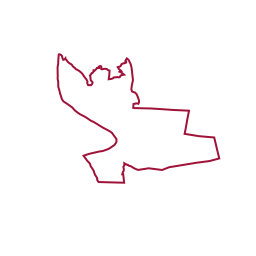 outline of Oru West, Imo, Nigeria, rotated 297°
{"feature_id": "59680162B53120698145103", "entity_name": "Oru West", "entity_type": "district", "adm_level": 2, "iso_a3": "NGA", "parent_name": "Nigeria", "parent_adm1": "Imo", "projection": "natural_earth1", "projection_center": [6.913, 5.74], "detail": "fine", "context": "isolated", "style": "outline", "palette": "rose", "viewbox_px": 256, "rotation_deg": 297, "n_neighbors": 0, "source": "geoboundaries", "source_scale": "gbopen_adm2", "svg_char_len": 3792}
<svg xmlns="http://www.w3.org/2000/svg" viewBox="0 0 256 256"><g transform="rotate(297 128 128)"><path d="M162.1,32.9L159.2,34.1L156.3,35.3L153.2,36.8L150.3,37.6L145.9,39.9L143.1,41.4L143.0,41.5L142.4,41.8L139.8,43.0L138.0,44.5L135.9,45.7L135.4,45.9L133.0,47.2L130.6,49.6L128.0,51.7L126.6,53.2L124.4,55.3L124.0,55.6L123.8,55.9L122.4,58.3L122.1,61.1L121.6,65.0L121.0,68.9L120.5,70.2L119.4,73.1L118.8,76.6L118.7,77.6L118.5,78.6L118.5,84.0L118.2,87.4L117.6,91.6L117.8,94.3L117.5,98.9L117.2,101.9L116.9,106.1L116.9,109.5L116.8,113.4L116.3,116.1L114.7,119.2L113.4,121.7L113.1,122.5L110.7,123.9L110.5,124.0L108.4,123.9L106.6,123.6L104.5,122.4L102.7,121.5L100.7,120.2L100.3,119.9L98.6,118.4L98.3,118.1L96.7,116.6L95.4,115.1L94.1,113.2L92.0,110.7L91.6,110.2L89.5,107.7L87.2,105.0L85.8,103.6L85.1,102.9L83.1,101.0L81.7,103.8L81.2,104.9L80.6,105.9L80.1,107.1L79.7,108.4L79.3,109.3L79.0,110.2L78.8,110.5L78.3,110.9L77.9,111.3L77.4,111.7L76.9,112.2L76.4,113.3L74.9,115.9L74.3,116.8L73.6,117.5L72.9,118.1L72.2,119.0L71.4,119.7L70.8,120.9L70.0,122.2L69.6,122.9L69.3,123.3L68.9,123.6L68.6,123.6L68.5,123.8L67.9,124.1L67.5,124.4L67.2,125.0L66.7,125.9L66.5,126.3L75.1,144.4L77.5,149.4L84.8,144.6L84.3,143.9L86.5,143.4L87.3,143.6L88.2,143.5L89.1,143.2L90.9,141.8L91.4,141.5L93.0,141.7L94.9,140.7L94.7,142.6L95.0,143.3L94.7,144.2L95.1,145.0L94.8,146.2L95.1,147.3L95.2,148.4L94.9,152.1L95.2,156.0L101.5,164.7L106.1,177.5L111.6,182.3L128.2,204.9L135.6,215.7L142.3,223.1L158.7,209.1L153.0,195.1L148.5,181.1L153.9,179.6L164.4,176.4L171.1,174.5L168.1,167.8L164.6,160.1L158.6,146.0L155.9,139.8L151.4,130.4L148.9,125.2L148.3,123.5L151.9,122.0L152.5,122.7L152.9,123.4L153.5,123.9L154.3,125.6L154.3,126.2L154.8,126.2L155.5,126.2L156.2,126.1L156.9,125.7L157.7,125.1L158.1,124.7L159.2,123.6L160.3,122.4L161.9,120.5L162.4,119.3L162.8,118.1L162.4,116.0L162.4,115.0L164.2,113.3L168.3,111.9L172.9,110.7L183.5,103.7L184.6,102.7L185.7,101.8L186.4,101.0L187.2,99.9L188.7,97.9L189.0,97.3L189.1,96.9L189.4,95.8L189.5,95.4L189.0,95.3L188.2,95.3L186.5,95.2L186.4,95.5L186.3,96.0L186.2,96.3L185.9,96.5L185.7,96.6L185.3,96.5L185.0,96.4L184.7,96.0L184.5,95.6L184.1,95.3L183.8,95.1L183.7,94.8L183.6,94.5L183.4,94.3L182.9,94.1L182.6,93.9L182.4,93.5L182.1,93.4L181.7,93.3L181.6,93.2L181.4,93.3L180.7,93.3L179.9,93.4L179.4,93.1L178.8,92.6L178.3,92.1L178.1,91.7L177.9,91.4L177.6,91.2L177.4,91.7L177.4,91.9L177.1,92.2L176.9,92.3L176.6,92.8L176.4,93.2L176.3,93.6L176.2,94.1L176.0,94.7L176.0,95.2L175.9,95.7L175.8,95.9L175.7,96.1L175.5,95.8L175.2,95.4L174.6,95.0L174.3,94.9L174.4,95.8L174.4,96.6L174.3,97.5L174.2,98.3L174.0,99.1L173.7,100.3L172.9,99.2L172.0,98.0L171.3,97.7L169.5,97.5L168.9,96.7L168.6,95.9L168.4,95.0L167.6,94.2L167.1,93.1L166.5,92.3L165.6,92.1L164.4,91.1L163.8,90.3L162.7,88.7L166.1,87.5L170.8,85.5L170.5,84.2L170.7,83.2L170.9,82.3L170.3,80.5L169.5,79.4L168.8,78.7L168.4,77.9L168.4,77.4L168.8,77.0L169.5,77.0L170.1,76.7L170.7,76.1L170.6,75.0L169.7,74.7L169.4,74.2L169.0,74.6L168.4,75.0L168.0,74.5L167.7,73.5L167.3,73.0L166.6,73.1L165.5,72.8L165.1,72.5L163.7,72.2L163.7,71.5L163.7,71.2L163.1,71.4L162.2,71.6L161.4,71.5L160.8,71.3L160.7,71.1L160.5,70.8L159.9,70.8L159.3,70.6L158.6,70.5L158.2,70.6L157.5,70.3L157.2,70.7L155.8,71.7L154.7,72.4L153.9,72.9L153.3,73.9L153.0,75.0L152.4,75.8L151.6,76.0L150.5,76.0L149.8,75.7L149.3,75.6L149.1,75.0L148.1,73.0L149.3,71.4L150.9,70.8L151.6,70.1L152.6,68.6L153.0,67.6L154.1,65.2L155.2,63.5L156.0,61.6L156.8,58.0L156.7,56.5L156.9,55.9L156.8,55.3L156.8,54.7L157.5,53.1L157.5,52.3L157.6,51.9L157.9,50.8L158.4,50.0L158.9,49.2L159.0,48.5L159.1,46.8L159.3,45.5L159.6,44.3L160.1,43.4L160.7,42.3L161.0,41.0L161.6,40.6L161.1,40.5L160.3,40.2L159.8,39.7L159.4,39.3L159.8,38.8L160.5,37.9L161.5,37.0L162.1,36.7L162.7,35.2L162.7,33.8L162.1,32.9Z" fill="none" stroke="#9f1239" stroke-width="2"/></g></svg>